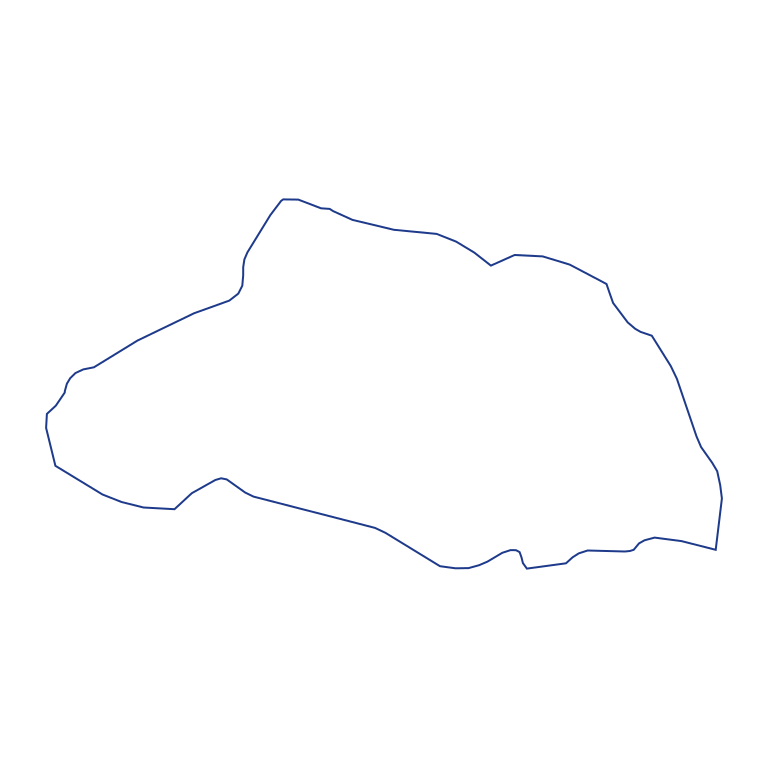 an SVG outline of Saitama
{"feature_id": "JPN-1858", "entity_name": "Saitama", "entity_type": "Prefecture", "adm_level": 1, "iso_a3": "JPN", "parent_name": "Japan", "parent_adm1": "", "projection": "mercator", "projection_center": [139.314, 36.011], "detail": "fine", "context": "isolated", "style": "outline", "palette": "blue", "viewbox_px": 768, "rotation_deg": 0, "n_neighbors": 0, "source": "natural_earth", "source_scale": "10m", "svg_char_len": 1183}
<svg xmlns="http://www.w3.org/2000/svg" viewBox="0 0 768 768"><path d="M283.2,199.4L298.3,199.6L321.0,208.3L329.7,208.9L333.1,211.1L352.5,219.9L393.9,229.8L436.6,233.9L456.1,241.6L474.3,252.6L490.9,265.6L514.6,255.0L542.7,256.4L569.7,264.6L606.5,284.0L609.3,292.2L613.1,303.0L627.7,322.4L635.2,328.8L640.6,331.9L651.8,335.7L670.8,366.1L676.9,378.8L696.5,436.4L701.1,447.1L712.2,462.8L717.2,471.2L720.2,485.1L721.9,498.5L715.7,549.8L681.5,541.1L654.6,537.6L644.5,540.3L639.0,543.4L633.7,549.8L629.9,551.0L624.9,551.5L587.6,550.5L578.7,553.4L572.6,557.3L566.0,563.3L526.9,568.6L522.9,563.1L521.5,557.4L519.6,552.1L516.0,550.2L510.6,550.1L502.3,552.8L487.5,561.6L479.1,565.2L468.6,568.1L455.5,568.3L440.0,566.2L385.4,532.8L375.0,527.9L253.5,496.6L245.1,492.5L226.7,479.4L221.1,478.3L215.3,480.0L191.8,493.2L174.5,509.2L143.5,507.5L121.5,502.0L102.5,494.5L55.4,465.8L46.1,427.9L46.9,413.9L55.8,405.7L64.7,392.6L64.8,391.8L64.9,390.9L66.9,383.7L70.2,378.2L75.5,373.0L83.3,369.4L93.9,367.3L137.4,340.6L194.2,313.2L229.3,300.6L238.3,293.6L242.3,285.7L243.2,275.3L243.2,267.2L244.4,259.4L247.4,252.4L270.4,215.0L281.1,200.9L283.2,199.4Z" fill="none" stroke="#1e3a8a" stroke-width="2"/></svg>